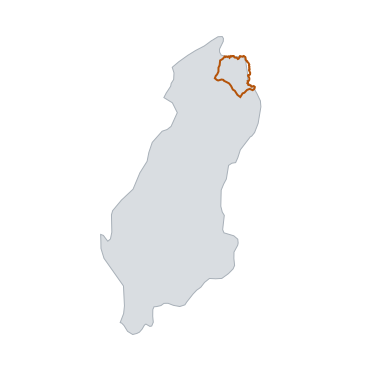 location of Tropojë, Kukës, Albania, rotated 24°
{"feature_id": "67620474B51082079967557", "entity_name": "Tropojë", "entity_type": "district", "adm_level": 2, "iso_a3": "ALB", "parent_name": "Albania", "parent_adm1": "Kukës", "projection": "equal_earth", "projection_center": [20.083, 42.368], "detail": "fine", "context": "in_parent", "style": "outline", "palette": "amber", "viewbox_px": 384, "rotation_deg": 24, "n_neighbors": 0, "source": "geoboundaries", "source_scale": "gbopen_adm2", "svg_char_len": 2877}
<svg xmlns="http://www.w3.org/2000/svg" viewBox="0 0 384 384"><g transform="rotate(24 192 192)"><path d="M127.9,117.2L128.2,112.1L129.5,104.0L128.8,101.3L129.5,96.7L127.1,90.5L123.2,86.1L127.0,78.3L132.6,68.8L137.7,61.3L143.9,53.5L148.1,46.1L152.6,39.6L156.4,37.7L158.3,39.0L159.3,41.8L159.0,50.2L160.3,53.0L163.0,55.1L168.5,54.1L174.7,52.0L183.0,47.6L184.5,47.9L187.5,50.2L194.0,60.3L198.2,69.1L206.6,72.2L211.3,75.7L217.4,80.9L220.3,86.2L224.5,102.4L225.0,112.2L223.8,116.7L222.8,117.9L219.0,133.8L219.9,142.0L219.9,147.4L216.7,149.5L214.6,152.8L218.1,166.2L217.7,171.9L217.9,178.4L224.1,193.3L227.8,198.0L231.0,200.2L235.3,213.9L237.8,216.3L248.0,215.0L253.0,216.5L254.9,219.8L255.4,222.0L254.8,229.8L257.3,235.7L260.8,241.8L260.8,245.6L258.5,251.7L254.4,258.8L249.0,261.6L243.1,263.9L240.2,269.5L238.8,275.4L236.2,279.8L234.5,284.6L232.0,294.4L231.4,298.0L227.4,301.6L221.1,303.1L215.5,303.4L211.7,305.1L209.8,308.4L206.2,311.1L204.0,312.3L204.0,315.3L206.7,321.6L209.6,326.7L209.7,330.8L208.2,331.9L203.6,331.4L202.7,332.9L202.2,337.5L201.0,341.4L199.1,343.7L195.8,346.3L189.8,345.5L184.1,341.6L181.1,340.4L179.5,340.5L179.0,330.9L176.6,323.5L167.6,305.7L138.6,288.4L131.8,280.6L128.8,274.1L125.8,267.9L128.7,267.7L131.5,269.3L135.1,271.2L136.6,268.1L135.1,261.3L127.7,245.6L127.1,241.3L130.8,228.2L137.0,213.4L136.6,195.6L138.5,182.2L136.5,173.4L135.5,162.8L140.0,148.6L143.8,145.1L146.2,140.6L146.3,125.5L137.8,118.5L127.9,117.2Z" fill="#d9dde1" stroke="#a8b0b8" stroke-width="1"/><path d="M207.0,72.1L206.7,70.5L205.3,70.1L204.6,70.8L204.0,71.0L203.4,71.6L202.2,70.7L199.9,71.3L199.4,70.7L198.3,70.1L198.7,69.4L197.8,68.1L198.5,67.7L198.7,66.2L198.1,64.7L197.0,63.7L195.9,63.0L195.9,62.1L196.7,61.9L197.2,61.0L196.7,59.5L195.5,58.4L194.5,57.6L194.4,57.3L194.8,56.9L194.8,56.6L194.6,56.4L194.3,55.8L193.8,55.6L193.6,55.1L193.4,54.6L193.6,54.4L193.5,54.1L193.3,53.9L192.6,53.4L192.4,52.8L192.5,52.3L191.8,51.7L190.7,50.9L189.1,50.5L189.0,50.0L188.5,49.9L187.2,49.4L187.0,48.7L186.6,48.2L186.3,47.6L185.7,47.0L185.1,47.0L184.3,46.7L183.7,46.8L183.2,47.8L182.3,47.9L181.5,48.4L181.0,48.2L180.5,48.4L180.5,49.0L180.7,49.7L180.6,50.3L180.3,50.7L180.3,51.4L179.8,51.9L178.8,51.3L178.0,51.2L177.5,51.2L176.8,51.7L176.0,51.7L174.8,50.8L173.5,51.4L173.0,52.1L172.2,51.9L171.7,52.6L171.8,53.4L171.7,54.1L171.3,53.9L170.4,53.1L169.7,53.6L169.3,54.3L168.3,54.2L167.7,55.0L167.2,54.7L166.7,54.9L166.8,55.4L166.3,56.4L166.0,57.8L165.6,58.3L165.3,58.9L164.9,59.4L164.5,60.0L164.2,60.4L165.7,65.0L165.6,67.6L167.2,71.3L167.1,74.4L166.5,76.2L166.6,78.8L169.0,79.5L170.5,79.5L173.3,77.2L175.1,76.8L175.9,77.4L178.6,77.5L181.7,77.7L184.5,79.2L185.6,80.1L187.6,81.8L189.9,82.1L194.0,84.8L197.5,85.6L198.1,81.3L199.5,80.0L200.2,77.9L200.8,76.3L202.8,74.3L206.0,74.3L206.3,73.8L206.5,73.4L206.6,73.2L206.9,72.7L207.0,72.4L207.0,72.1Z" fill="none" stroke="#b45309" stroke-width="2"/></g></svg>